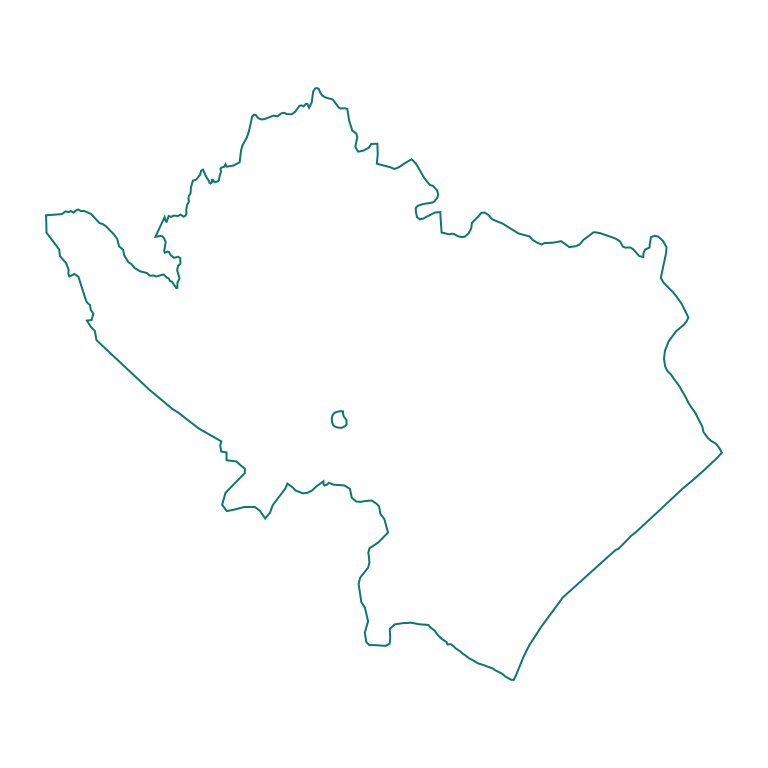 the district of Djugu, Orientale, Democratic Republic of the Congo
{"feature_id": "63176286B65133649587609", "entity_name": "Djugu", "entity_type": "district", "adm_level": 2, "iso_a3": "COD", "parent_name": "Democratic Republic of the Congo", "parent_adm1": "Orientale", "projection": "natural_earth1", "projection_center": [30.241, 1.883], "detail": "fine", "context": "isolated", "style": "outline", "palette": "teal", "viewbox_px": 768, "rotation_deg": 0, "n_neighbors": 0, "source": "geoboundaries", "source_scale": "gbopen_adm2", "svg_char_len": 5458}
<svg xmlns="http://www.w3.org/2000/svg" viewBox="0 0 768 768"><path d="M361.4,602.2L364.9,607.6L368.1,621.3L364.8,632.6L366.3,642.0L369.2,645.1L374.7,645.1L385.7,645.9L389.7,643.6L390.2,638.3L389.8,628.9L394.7,624.4L403.1,623.1L407.6,623.0L410.5,622.6L419.6,624.3L428.4,624.9L430.9,627.8L434.6,630.6L437.6,634.9L442.0,639.2L446.6,642.1L447.4,644.5L451.0,644.2L454.0,646.6L455.7,648.4L457.7,649.7L460.3,651.4L462.7,653.7L465.1,655.2L469.4,658.5L473.3,660.5L477.9,663.3L483.6,665.1L487.0,666.4L493.1,668.6L495.5,670.4L502.2,673.7L504.9,676.2L511.2,679.8L513.7,679.9L516.2,674.7L523.7,656.4L529.3,645.2L541.5,626.4L561.6,599.2L562.1,598.1L609.4,555.5L615.7,549.9L618.5,548.8L631.5,535.5L635.8,532.2L656.8,512.8L682.2,489.0L692.2,480.7L704.7,469.6L717.6,457.4L721.9,452.5L718.9,447.5L716.0,443.7L711.0,440.8L708.1,438.3L703.4,431.9L702.3,426.5L697.6,417.6L695.4,413.0L691.4,407.5L688.5,402.9L685.6,397.0L681.6,390.2L679.5,386.4L673.3,378.0L671.1,374.6L667.5,371.1L667.4,371.0L665.1,366.2L664.0,358.7L664.5,354.5L664.9,351.0L668.6,341.4L676.3,331.0L683.4,325.2L686.4,321.7L688.4,317.5L681.6,303.7L676.5,296.6L673.0,292.2L669.2,288.5L663.6,282.7L660.8,278.0L663.8,263.6L664.5,260.6L666.1,252.9L666.5,247.3L663.0,240.9L658.2,236.6L654.7,235.8L651.0,237.1L649.8,244.1L649.5,247.6L645.3,249.5L643.5,252.8L643.3,257.0L639.3,256.1L632.9,249.0L630.2,247.5L625.4,247.6L623.0,246.7L620.0,241.4L615.2,238.4L600.0,233.1L595.5,232.3L593.4,232.4L583.4,239.9L579.7,244.4L576.0,246.1L569.4,247.2L561.2,241.2L552.9,242.7L544.3,243.1L541.7,244.5L536.5,242.4L532.4,239.7L529.7,236.5L518.3,233.4L502.8,223.7L496.9,221.3L492.1,219.2L488.6,215.2L484.8,212.5L481.4,212.9L478.0,216.8L471.9,222.8L471.3,228.1L468.8,233.1L464.8,236.7L461.7,237.1L457.7,236.1L453.8,233.9L451.4,233.7L449.3,234.4L443.5,232.9L441.6,232.6L440.6,218.1L440.3,212.1L435.0,212.5L426.3,216.9L423.4,218.5L419.9,219.3L417.0,217.1L415.9,211.9L415.7,208.9L416.4,207.0L418.0,205.7L422.9,204.1L432.4,202.6L434.4,201.4L437.3,197.8L438.2,194.7L437.0,190.3L433.0,185.9L429.9,185.0L424.4,178.2L423.7,177.1L415.9,163.5L411.6,159.3L404.1,163.7L398.8,167.3L394.3,169.0L391.1,167.5L376.8,163.7L377.7,154.6L377.7,153.5L377.5,148.4L377.4,143.7L371.2,144.0L368.6,147.9L363.6,150.5L360.4,151.3L358.0,151.6L355.3,146.7L356.3,141.9L357.3,137.3L356.3,133.5L352.3,130.6L349.2,120.8L347.3,109.0L345.2,108.3L341.3,108.4L340.5,108.5L338.9,107.7L332.8,99.5L325.8,97.6L322.4,95.7L320.4,92.9L318.8,89.0L317.2,88.1L315.2,88.4L313.2,91.5L311.7,102.5L309.1,107.8L307.4,104.0L305.9,103.8L303.8,106.3L303.4,106.1L301.5,105.4L299.4,105.9L295.4,111.5L291.7,114.3L286.6,114.1L284.7,112.9L281.4,113.3L277.6,116.3L273.5,115.6L264.5,119.1L261.1,119.4L258.4,118.2L255.6,114.9L253.9,114.7L252.2,116.4L249.0,131.0L247.1,136.9L242.5,145.3L241.1,150.3L239.6,162.3L233.1,165.7L226.5,166.7L225.5,164.3L224.1,166.8L221.4,167.6L220.5,168.7L221.1,172.0L220.2,174.1L219.7,175.5L219.0,180.0L218.1,181.2L214.6,182.2L212.8,179.8L212.4,179.9L211.9,180.1L212.0,182.3L210.6,183.5L210.2,183.3L209.5,182.9L209.2,181.3L206.0,176.4L203.0,169.6L201.1,170.8L200.2,174.6L196.2,179.6L193.6,180.4L192.9,180.6L191.0,187.2L190.5,193.5L188.9,195.9L188.4,198.6L189.0,201.5L187.0,205.2L186.2,210.0L186.5,213.7L185.5,215.6L183.7,216.7L180.5,214.6L177.9,216.0L173.7,215.6L171.0,216.9L168.7,216.0L166.7,221.7L165.9,221.6L164.9,218.3L164.6,217.2L155.4,236.8L156.2,236.7L160.2,236.0L162.2,236.2L163.8,237.8L165.7,242.0L164.2,250.9L164.6,251.9L164.9,252.7L166.3,252.1L167.6,251.5L168.9,252.0L170.9,255.4L174.1,257.8L177.0,257.1L178.2,256.8L180.3,258.3L180.4,263.9L180.0,264.3L178.2,265.8L177.1,269.8L179.5,278.6L177.5,282.4L177.3,287.9L176.3,288.1L173.3,283.7L172.0,281.7L170.1,281.1L168.5,278.3L166.8,277.6L163.7,274.5L161.9,274.9L156.0,276.5L153.8,275.5L149.9,275.7L148.1,274.1L146.9,273.0L140.6,271.5L135.0,268.3L131.4,264.1L128.3,262.1L124.3,255.5L123.0,249.6L119.0,246.3L117.8,241.1L117.2,238.9L114.0,234.5L105.7,226.0L102.7,224.0L99.5,223.1L91.1,214.0L84.2,210.9L80.8,211.1L78.3,209.5L76.6,210.0L73.7,212.6L70.7,211.0L70.0,211.5L69.1,211.9L69.0,212.0L68.9,212.1L65.4,211.4L64.3,212.3L61.9,214.1L46.1,215.3L46.5,232.7L52.7,240.8L59.2,249.5L60.0,256.2L66.0,263.0L68.6,269.5L68.4,274.1L69.4,276.5L74.4,274.0L75.2,274.5L78.4,276.7L86.1,300.7L87.2,302.7L90.0,305.1L90.8,310.0L92.7,312.6L93.4,313.7L91.5,320.0L86.9,320.6L90.9,326.9L94.9,331.1L96.5,340.2L131.5,373.0L149.3,389.7L161.7,400.0L172.4,409.0L178.4,412.7L197.9,427.8L200.7,429.7L205.1,432.1L221.3,441.4L220.2,445.6L221.3,451.6L226.5,452.4L226.5,460.2L236.4,461.5L240.8,465.5L244.8,468.6L244.8,473.1L225.5,492.8L222.1,504.8L226.9,511.1L233.9,509.7L244.2,507.0L254.8,506.9L259.6,510.5L265.2,518.5L270.0,512.7L272.7,505.2L285.3,488.6L287.4,483.6L292.8,487.5L295.7,490.6L303.0,493.3L307.4,492.8L311.9,490.6L316.3,486.5L323.4,481.3L323.6,484.5L324.7,485.5L326.9,484.7L328.8,482.9L331.8,484.0L333.6,484.7L339.8,485.1L344.6,485.5L346.8,486.9L350.0,489.0L351.7,497.6L356.2,501.5L360.3,501.9L365.8,501.0L371.6,500.5L376.4,503.6L379.0,506.3L380.4,513.9L384.4,519.2L388.0,532.6L378.3,542.4L369.5,548.3L368.3,552.7L369.0,557.2L369.4,562.5L368.2,567.5L360.1,577.8L358.6,584.0L361.3,601.9L361.4,602.2ZM339.1,427.7L336.8,427.3L334.5,426.3L333.0,424.8L332.3,423.1L331.9,421.2L331.8,418.3L332.3,415.9L333.2,414.3L334.5,412.9L336.0,412.1L338.2,411.6L340.2,411.2L342.6,411.3L343.1,411.5L343.0,412.5L343.5,416.0L346.4,419.9L346.6,424.2L346.5,424.6L345.3,426.0L343.8,426.8L341.7,427.8L339.1,427.7Z" fill="none" stroke="#0f766e" stroke-width="2"/></svg>